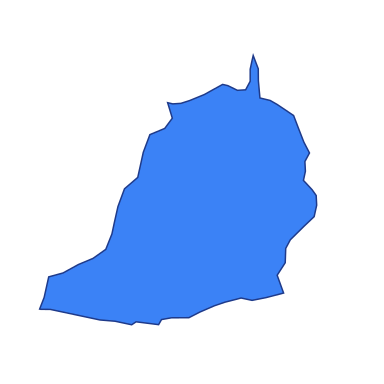 outline of Chonma, P'yŏngan-bukto, North Korea, rotated 102°
{"feature_id": "82179303B45554830914621", "entity_name": "Chonma", "entity_type": "district", "adm_level": 2, "iso_a3": "PRK", "parent_name": "North Korea", "parent_adm1": "P'yŏngan-bukto", "projection": "equal_earth", "projection_center": [124.872, 40.075], "detail": "fine", "context": "isolated", "style": "filled", "palette": "blue", "viewbox_px": 384, "rotation_deg": 102, "n_neighbors": 0, "source": "geoboundaries", "source_scale": "gbopen_adm2", "svg_char_len": 1038}
<svg xmlns="http://www.w3.org/2000/svg" viewBox="0 0 384 384"><g transform="rotate(102 192 192)"><path d="M129.4,85.2L119.9,93.0L108.0,100.8L96.1,108.5L88.7,126.8L86.2,134.6L85.9,145.1L69.4,150.2L57.7,152.8L45.8,160.5L50.5,160.6L59.8,160.6L71.6,158.1L80.9,160.8L83.1,168.7L80.5,179.1L80.4,184.4L87.2,192.3L94.1,200.2L103.1,213.4L107.6,221.3L109.8,229.1L109.7,234.4L123.9,226.6L135.5,231.9L144.6,245.1L163.3,247.9L177.3,248.0L189.0,248.1L202.9,258.7L221.6,261.4L238.0,261.6L249.7,261.6L266.0,264.4L277.5,275.0L286.6,288.1L293.5,296.1L298.0,301.3L304.8,314.5L325.9,314.7L338.2,316.7L338.2,315.6L336.3,306.2L336.3,294.9L336.3,274.2L336.3,255.4L334.4,240.4L334.4,223.4L330.6,219.7L329.0,200.8L328.7,197.1L323.1,195.3L319.3,185.9L315.6,168.9L308.0,159.6L298.6,146.4L293.0,137.0L287.4,125.7L285.5,122.0L285.5,110.7L279.9,97.6L271.8,81.4L255.7,91.4L241.8,86.1L227.7,88.6L218.3,85.9L202.2,75.3L190.7,67.4L179.0,67.3L169.6,69.8L164.8,75.0L157.5,85.4L148.1,85.4L138.7,87.9L129.4,85.2Z" fill="#3b82f6" stroke="#1e3a8a" stroke-width="1.5"/></g></svg>